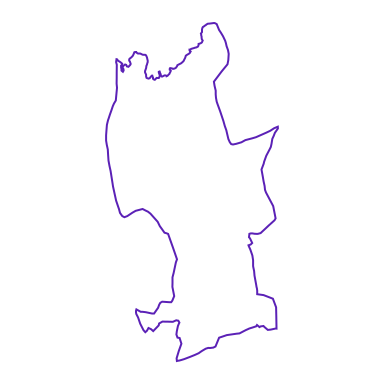 Riyad, Kafr ash Shaykh, Egypt
{"feature_id": "37247803B2291437615199", "entity_name": "Riyad", "entity_type": "district", "adm_level": 2, "iso_a3": "EGY", "parent_name": "Egypt", "parent_adm1": "Kafr ash Shaykh", "projection": "natural_earth1", "projection_center": [30.914, 31.32], "detail": "fine", "context": "isolated", "style": "outline", "palette": "violet", "viewbox_px": 384, "rotation_deg": 0, "n_neighbors": 0, "source": "geoboundaries", "source_scale": "gbopen_adm2", "svg_char_len": 4799}
<svg xmlns="http://www.w3.org/2000/svg" viewBox="0 0 384 384"><path d="M228.0,50.1L226.6,46.2L225.9,43.1L225.2,40.8L224.1,38.5L223.0,36.2L220.9,32.7L219.1,30.0L216.7,24.1L214.8,23.1L214.0,23.0L211.1,23.4L208.6,23.7L207.9,23.7L206.4,24.5L205.7,25.2L204.9,25.6L203.9,26.4L202.8,27.1L202.4,27.9L202.0,29.4L202.0,30.6L202.0,31.3L202.0,32.1L200.9,33.6L201.2,34.4L201.2,35.2L201.6,36.7L201.6,37.8L201.9,39.4L202.7,40.5L201.9,42.4L200.8,43.2L199.7,43.6L198.6,43.9L198.6,44.7L198.3,45.9L197.9,46.6L196.4,47.4L195.0,47.7L193.9,48.1L192.4,48.5L192.2,48.6L191.3,48.8L190.2,49.6L189.5,49.6L189.5,50.3L189.9,51.1L190.6,51.5L189.8,53.0L188.8,53.8L186.9,54.9L185.8,55.7L185.5,56.8L185.1,58.0L184.3,59.5L183.6,61.0L182.5,62.1L181.1,63.3L178.9,64.4L177.4,65.2L177.0,66.3L175.9,67.8L174.5,68.6L174.1,68.6L173.0,68.9L172.3,68.5L170.5,68.1L170.1,68.1L169.8,68.5L169.7,69.7L170.5,70.4L170.8,70.8L170.1,72.4L169.7,73.1L169.4,73.9L168.6,74.6L167.5,75.8L166.8,76.1L166.8,75.8L165.3,75.4L164.6,75.4L163.9,75.7L162.4,76.5L161.7,76.5L161.0,75.7L160.6,74.1L160.3,73.4L159.9,73.0L159.9,72.2L159.6,71.5L158.8,71.8L158.8,72.6L159.2,73.7L159.9,75.7L159.5,76.4L159.2,77.6L158.8,78.0L157.7,78.0L156.6,77.9L155.5,79.1L154.8,79.8L153.7,79.4L153.0,78.7L153.0,77.5L152.6,76.7L152.3,75.6L151.9,75.6L151.2,76.3L150.5,77.1L149.7,78.2L148.6,78.6L147.2,78.2L146.5,77.8L146.1,76.3L146.1,74.7L145.8,74.0L145.4,73.2L145.0,72.1L145.1,70.9L145.4,70.1L146.2,67.8L146.2,67.1L146.5,65.5L146.9,64.8L147.3,63.2L147.7,62.1L147.7,60.6L147.3,59.0L147.0,57.5L146.3,55.9L145.9,55.2L145.2,54.8L144.1,54.8L143.7,54.8L142.6,54.7L141.2,54.0L140.5,53.6L139.0,53.5L137.9,53.5L136.8,52.8L136.1,52.4L136.1,52.0L135.0,52.0L134.3,52.3L133.6,54.2L132.8,55.8L131.4,57.3L129.5,58.8L129.4,59.1L129.2,59.6L129.2,59.9L129.2,60.7L129.9,61.5L130.2,62.6L130.6,63.4L130.6,64.2L130.2,64.9L129.1,66.1L128.4,66.8L126.9,66.4L126.6,65.7L126.2,64.9L125.1,64.5L124.0,65.3L122.6,66.8L122.6,67.5L123.3,68.7L123.6,69.9L123.6,70.6L122.9,71.8L121.5,70.6L121.5,69.1L121.1,67.5L121.1,66.4L121.1,65.6L121.9,64.8L122.2,63.7L120.8,62.5L119.7,61.7L117.9,60.6L117.2,59.4L116.5,59.2L116.1,62.1L116.8,64.8L116.7,72.5L116.7,77.8L116.6,83.6L117.0,87.8L115.8,100.5L114.0,103.5L112.8,106.2L111.4,110.4L109.9,114.6L108.8,118.0L108.0,120.3L106.9,124.9L106.5,129.9L106.1,135.3L106.1,140.6L106.8,144.9L107.8,149.5L108.1,154.8L108.5,160.6L109.5,166.0L110.6,171.0L112.6,183.7L113.0,186.4L116.1,200.6L118.4,207.4L119.0,209.1L120.0,212.9L122.2,216.0L122.7,216.3L124.4,217.2L127.3,216.1L132.4,212.7L135.7,210.8L142.6,209.0L145.5,210.5L148.0,211.7L150.5,213.7L157.7,221.8L159.8,226.1L164.5,232.7L166.6,233.3L168.1,233.9L173.0,247.7L173.9,250.3L177.0,259.3L175.9,262.3L173.6,273.1L173.5,273.5L172.5,277.3L172.5,283.0L172.4,286.9L174.2,296.1L172.3,300.7L171.5,301.8L171.2,302.2L169.4,302.2L162.2,301.7L160.3,302.8L159.2,304.7L158.1,307.8L156.6,309.9L154.1,313.5L151.9,313.5L145.8,312.2L142.5,311.8L140.7,311.8L139.3,311.0L137.8,310.2L136.4,309.4L136.1,310.4L136.0,311.0L136.0,312.5L136.3,314.0L138.1,317.5L140.2,323.7L143.5,330.2L145.3,332.2L146.3,331.3L146.9,330.8L148.5,328.0L151.1,329.2L153.2,331.1L158.7,325.4L159.1,323.5L162.4,321.6L168.5,321.7L172.5,321.8L172.9,321.8L176.2,320.3L178.3,320.7L179.4,322.6L178.7,324.1L177.9,326.1L176.8,331.4L176.4,334.5L177.5,337.6L179.6,338.0L181.4,343.7L180.3,346.8L178.8,351.0L176.6,358.3L176.9,361.0L178.3,360.7L179.1,360.6L181.3,360.0L184.2,359.1L190.0,356.9L194.7,355.0L198.7,353.2L200.8,351.7L202.0,350.9L205.7,348.7L207.3,348.2L208.2,347.9L210.0,348.0L213.3,347.6L215.5,346.5L218.0,340.4L219.1,337.7L222.4,336.6L226.8,335.1L236.6,333.7L239.5,333.4L243.1,331.5L246.0,330.0L247.6,329.3L249.3,328.5L252.9,327.4L256.2,326.3L257.0,325.0L259.5,327.1L260.6,326.4L263.5,326.0L264.2,326.8L267.8,329.9L270.7,329.6L275.8,328.5L276.5,328.6L276.3,316.5L276.1,307.3L272.9,298.7L263.6,295.1L257.2,294.2L257.2,290.6L256.9,288.3L256.5,286.8L256.2,284.9L254.5,275.6L254.1,271.0L253.3,267.2L253.1,266.0L253.1,260.3L252.4,255.7L252.2,255.0L250.3,249.5L248.9,246.4L248.5,245.3L249.6,244.9L250.7,244.5L251.8,243.4L252.2,243.0L250.0,238.4L249.0,237.2L249.4,233.8L250.8,233.4L252.3,233.4L254.8,233.8L257.7,233.9L260.6,233.1L268.6,225.6L274.5,220.3L275.6,218.4L273.2,206.1L266.0,192.5L265.0,189.8L264.6,186.0L263.6,181.4L262.9,177.2L261.5,169.5L263.7,163.7L264.1,161.8L266.3,155.7L269.3,150.0L270.8,147.0L271.5,143.9L272.3,138.9L273.7,135.9L274.9,132.8L277.9,128.5L277.8,126.7L274.2,128.2L270.2,130.8L266.2,132.7L260.3,135.3L256.0,137.2L252.3,138.3L245.4,140.1L241.4,142.3L236.3,143.8L233.0,144.5L231.2,144.1L229.8,142.2L228.4,139.1L227.3,134.5L226.3,130.2L224.8,126.0L223.4,121.0L220.2,111.4L217.5,104.0L216.7,101.7L216.0,97.9L215.7,94.4L215.7,91.3L215.7,90.6L214.6,86.0L213.9,81.7L221.6,71.5L227.5,64.3L228.3,60.1L228.7,53.9L228.0,50.1Z" fill="none" stroke="#5b21b6" stroke-width="2"/></svg>